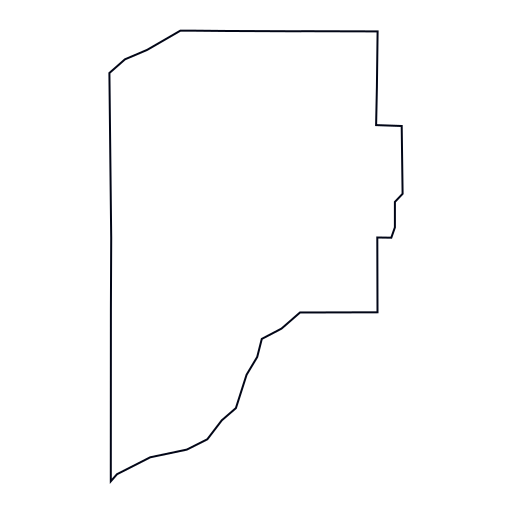 LaPorte, Indiana, United States of America (Equal Earth projection)
{"feature_id": "52423323B64026366373920", "entity_name": "LaPorte", "entity_type": "district", "adm_level": 2, "iso_a3": "USA", "parent_name": "United States of America", "parent_adm1": "Indiana", "projection": "equal_earth", "projection_center": [-86.715, 41.499], "detail": "fine", "context": "isolated", "style": "outline", "palette": "ink", "viewbox_px": 512, "rotation_deg": 0, "n_neighbors": 0, "source": "geoboundaries", "source_scale": "gbopen_adm2", "svg_char_len": 613}
<svg xmlns="http://www.w3.org/2000/svg" viewBox="0 0 512 512"><path d="M377.6,31.4L301.6,31.2L300.8,31.3L300.7,31.3L231.7,31.0L230.7,31.0L228.8,31.0L196.2,30.7L195.6,30.7L193.7,30.7L186.1,30.7L181.1,30.7L180.3,30.7L147.1,49.9L125.0,59.3L109.4,73.0L111.2,238.1L110.9,309.4L110.9,311.1L110.8,481.3L117.0,474.2L150.2,457.3L186.8,449.6L207.3,439.3L221.8,420.3L235.9,408.1L246.6,374.7L257.2,357.0L261.8,338.9L281.5,328.6L300.0,312.5L377.5,312.3L377.3,237.5L391.3,237.7L394.9,227.4L394.9,201.9L402.6,193.8L401.7,126.0L376.1,125.1L376.5,106.1L376.9,87.1L377.6,31.4Z" fill="none" stroke="#020617" stroke-width="2"/></svg>